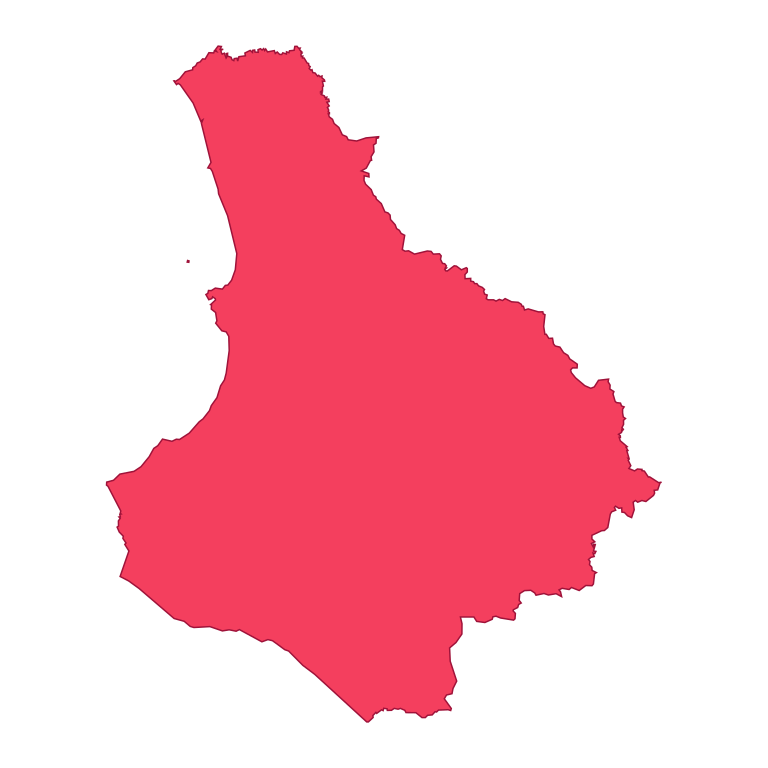 outline of Santa Elena, Santa Elena, Ecuador
{"feature_id": "8360857B94997360470933", "entity_name": "Santa Elena", "entity_type": "district", "adm_level": 2, "iso_a3": "ECU", "parent_name": "Ecuador", "parent_adm1": "Santa Elena", "projection": "orthographic", "projection_center": [-80.568, -2.087], "detail": "fine", "context": "isolated", "style": "filled", "palette": "rose", "viewbox_px": 768, "rotation_deg": 0, "n_neighbors": 0, "source": "geoboundaries", "source_scale": "gbopen_adm2", "svg_char_len": 6023}
<svg xmlns="http://www.w3.org/2000/svg" viewBox="0 0 768 768"><path d="M613.9,391.6L609.9,389.0L610.1,385.1L608.1,381.7L608.6,379.1L598.5,380.3L594.3,386.9L590.8,388.3L584.8,385.7L575.5,377.8L571.3,372.6L570.6,369.9L572.5,367.9L577.1,367.9L577.3,364.2L569.7,358.9L567.9,355.4L563.6,352.7L559.9,347.1L555.2,346.0L553.5,343.9L552.5,338.2L548.8,338.4L546.3,334.3L544.9,334.3L543.7,326.5L545.0,314.7L543.2,313.8L542.8,311.8L538.5,311.9L528.2,308.9L524.5,310.0L523.4,306.3L522.1,306.3L521.3,304.3L518.2,302.3L511.6,301.8L505.1,298.6L502.5,300.5L499.3,299.4L496.0,301.1L493.6,299.8L488.1,299.8L486.3,298.7L487.2,295.0L484.6,294.1L483.6,291.1L484.5,289.5L482.3,287.4L478.5,285.8L476.9,283.6L474.6,283.6L473.5,281.7L470.7,281.1L470.7,278.4L465.1,278.7L464.9,274.6L467.3,272.0L467.3,268.5L466.3,267.7L461.4,269.8L456.4,266.1L454.2,265.8L447.3,271.0L445.7,270.8L444.8,269.4L446.5,268.0L445.3,267.8L446.4,265.9L444.7,263.7L442.5,263.4L440.5,259.3L441.2,255.9L439.5,253.8L433.3,254.1L431.1,251.4L427.3,251.0L414.5,254.1L408.6,250.8L405.0,251.2L402.3,249.6L404.7,235.3L401.1,233.4L399.3,230.3L396.6,228.6L395.2,224.8L390.5,219.5L390.1,215.1L388.0,212.9L384.9,211.9L381.3,203.6L376.3,199.1L375.8,196.8L373.4,195.2L371.2,189.6L365.6,184.2L364.0,180.4L364.2,175.8L369.0,176.9L368.8,173.5L361.3,170.9L366.3,168.1L370.4,160.5L371.6,160.3L371.1,156.7L374.0,151.9L373.5,144.9L376.0,143.3L376.3,138.5L378.4,137.9L378.6,136.7L366.0,137.9L356.7,141.0L348.2,139.8L346.6,136.6L342.3,134.8L338.9,127.5L334.1,123.5L332.5,119.3L329.3,116.9L328.3,113.8L329.4,113.8L329.4,112.5L328.2,111.8L328.7,110.1L327.4,107.4L329.2,105.9L326.8,102.2L329.2,101.6L328.7,99.1L325.9,99.1L326.8,97.2L324.9,97.4L324.4,95.9L321.2,94.5L322.1,93.2L320.8,92.8L322.1,91.9L321.0,91.4L322.5,90.5L322.5,86.9L323.4,86.0L322.4,81.2L324.7,81.3L324.4,79.9L321.9,77.8L322.0,76.0L320.0,76.7L318.7,75.3L317.6,76.2L315.1,73.0L312.8,72.6L312.0,69.7L311.0,70.2L309.2,68.6L310.2,66.6L308.8,65.6L308.6,63.5L307.1,63.0L304.1,58.0L302.5,58.0L302.8,56.1L301.3,56.5L300.9,54.2L301.9,53.4L301.1,52.2L301.9,52.0L299.5,49.6L300.2,48.1L298.6,48.2L297.0,46.3L294.8,46.4L294.1,50.3L289.5,50.8L288.9,52.7L286.5,51.8L286.4,54.0L282.8,52.8L281.7,54.5L279.6,54.4L277.2,52.0L275.3,53.5L274.3,50.6L267.5,51.9L265.7,49.0L264.6,50.5L263.7,48.6L262.1,50.0L260.4,48.7L258.0,49.7L258.2,52.3L255.0,52.1L254.7,50.0L252.7,50.3L252.5,52.4L250.2,50.4L244.9,53.0L245.4,55.8L238.9,56.7L237.7,61.1L237.0,58.2L234.2,58.6L233.8,60.6L232.0,59.7L231.1,57.3L227.5,56.0L227.6,53.3L226.3,53.6L227.1,56.4L226.1,58.0L224.3,53.2L222.2,54.1L221.4,52.7L220.8,50.2L223.2,49.3L220.1,49.3L221.4,46.5L218.1,46.1L215.3,49.8L216.6,51.5L214.4,50.8L213.7,52.9L208.9,52.7L205.1,59.1L202.6,58.9L200.1,61.9L197.2,63.0L195.7,65.8L192.8,67.6L192.6,69.8L185.3,71.8L179.7,78.7L176.0,81.1L174.7,81.3L174.4,80.8L173.9,80.9L176.5,84.6L178.1,83.4L180.3,84.8L193.1,103.0L201.1,122.0L201.7,120.5L202.8,119.8L201.4,123.4L211.0,162.4L207.8,167.9L210.5,168.5L212.3,171.4L218.1,189.1L218.6,193.8L227.6,215.7L236.8,253.6L235.3,269.8L231.6,280.2L227.8,285.1L225.3,285.4L222.4,289.1L215.3,288.1L211.3,290.6L208.5,290.5L207.8,293.4L205.9,294.5L208.8,299.7L211.9,298.6L212.6,296.8L215.3,298.7L215.5,300.0L210.6,304.6L211.5,304.9L211.3,309.1L215.6,312.5L216.9,320.8L215.7,323.2L221.8,330.8L226.2,331.9L228.8,336.4L229.2,350.6L226.2,373.1L224.4,380.0L220.6,385.8L217.0,397.6L211.3,405.6L209.5,410.6L203.0,418.9L199.2,421.8L189.3,433.1L179.5,439.5L176.3,439.2L172.0,441.3L162.5,439.1L157.8,445.7L153.8,448.4L149.2,456.7L141.0,466.7L134.1,471.3L119.9,474.1L113.5,480.3L106.7,482.1L106.5,485.1L108.0,486.3L120.8,511.0L120.2,513.4L121.1,514.0L119.8,514.4L120.3,516.8L119.0,517.0L120.2,518.3L118.4,520.9L118.5,526.1L117.1,527.1L119.3,532.1L123.3,536.2L122.9,538.4L126.0,543.0L124.8,544.4L128.9,551.0L120.1,576.5L128.6,580.9L139.1,588.5L174.1,618.5L184.2,621.3L190.2,626.4L193.9,627.5L209.9,626.6L222.4,630.9L229.2,629.8L236.1,631.2L239.4,629.6L261.9,641.8L267.9,639.6L272.5,640.7L284.8,649.7L288.6,651.0L302.9,665.4L314.7,674.3L366.7,721.9L368.4,721.9L373.1,717.5L372.9,715.5L375.9,712.4L376.7,713.4L381.6,709.8L383.1,710.6L383.7,708.3L387.1,708.8L387.3,710.4L391.5,710.3L394.2,708.4L398.1,709.2L400.4,708.4L404.8,710.3L406.0,712.6L415.9,712.7L422.0,717.6L425.3,717.6L427.6,715.3L432.2,714.9L435.1,711.7L436.6,712.0L438.5,710.1L448.1,709.7L450.7,710.5L451.3,708.5L444.3,698.8L446.5,695.0L452.0,693.7L453.0,688.5L456.7,681.1L450.2,661.2L449.6,647.9L456.0,642.5L461.9,634.0L462.0,623.7L460.4,617.0L473.9,617.0L476.7,621.4L484.9,622.5L492.2,619.3L492.9,616.8L496.0,616.2L500.6,618.0L513.6,620.1L515.0,618.8L515.4,613.4L513.1,610.9L513.4,609.7L517.7,607.5L518.6,604.5L521.2,603.0L519.2,600.4L519.7,593.6L524.5,590.6L530.8,590.3L534.7,592.9L536.0,595.2L544.0,593.5L548.4,595.0L556.1,593.7L561.6,596.6L560.5,591.7L559.0,589.9L562.1,588.3L569.1,589.5L571.5,587.5L579.2,590.5L585.8,585.5L592.0,585.7L593.4,584.0L594.6,573.7L596.4,572.6L592.1,570.4L591.8,567.2L589.5,564.7L590.0,561.4L588.5,559.5L590.9,557.4L594.2,556.5L593.0,553.1L594.8,553.6L595.9,551.4L593.5,551.0L595.3,544.5L593.8,544.3L593.1,546.7L591.4,543.5L594.8,541.8L591.9,539.0L591.9,535.3L601.7,530.7L604.4,530.5L607.8,527.5L610.3,514.1L611.7,511.8L615.7,510.2L614.4,507.5L615.5,506.2L618.9,508.3L621.7,507.9L621.9,512.1L624.5,512.5L627.6,515.8L631.6,517.6L634.2,509.8L633.2,502.2L635.5,500.5L637.7,502.2L641.9,500.5L645.9,501.5L653.5,495.4L654.6,493.2L654.2,490.3L657.7,489.9L660.0,483.0L661.5,482.1L658.7,482.7L649.7,476.9L648.3,477.0L644.4,471.1L641.9,470.6L642.0,469.4L637.4,469.0L634.6,470.9L628.9,468.5L630.8,465.7L628.2,460.3L629.0,459.3L628.1,458.3L629.0,458.3L626.8,450.7L627.9,450.5L626.0,447.2L627.2,446.7L620.3,440.8L619.2,437.3L620.4,437.4L620.3,435.8L618.5,434.3L621.5,432.5L621.8,430.0L622.5,430.6L623.4,429.3L621.9,427.8L623.6,424.3L623.5,420.3L625.5,418.5L623.3,417.0L622.6,412.9L622.6,409.2L624.1,406.9L621.5,405.9L620.5,403.1L616.5,402.6L615.1,401.3L613.0,394.0L613.9,391.6ZM188.8,262.3L189.0,260.9L187.6,260.5L187.2,262.1L188.8,262.3Z" fill="#f43f5e" stroke="#9f1239" stroke-width="1.5"/></svg>